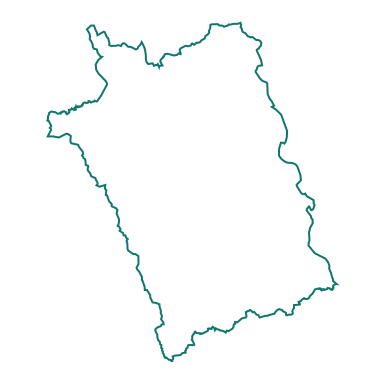 the district of Minbu, Magway, Myanmar
{"feature_id": "60261553B50567728635340", "entity_name": "Minbu", "entity_type": "district", "adm_level": 2, "iso_a3": "MMR", "parent_name": "Myanmar", "parent_adm1": "Magway", "projection": "orthographic", "projection_center": [94.405, 20.347], "detail": "fine", "context": "isolated", "style": "outline", "palette": "teal", "viewbox_px": 384, "rotation_deg": 0, "n_neighbors": 0, "source": "geoboundaries", "source_scale": "gbopen_adm2", "svg_char_len": 5874}
<svg xmlns="http://www.w3.org/2000/svg" viewBox="0 0 384 384"><path d="M55.5,112.3L51.2,111.5L49.1,113.0L49.1,114.3L48.0,116.3L48.0,118.8L47.4,120.6L48.8,121.1L51.3,126.0L49.8,127.9L50.8,128.7L51.1,129.8L47.8,136.4L53.1,136.4L58.8,137.5L66.4,133.7L68.0,134.0L70.8,136.1L70.3,141.3L71.3,143.3L78.2,144.8L78.7,146.5L82.8,151.9L83.1,153.9L82.0,155.4L83.2,157.0L83.6,158.3L85.0,159.0L85.3,159.8L85.8,165.0L88.0,165.8L88.3,167.1L87.7,168.3L87.8,170.4L90.5,173.7L90.8,175.7L92.3,176.8L95.4,178.0L96.0,180.0L97.5,182.5L97.6,183.8L96.5,185.3L99.5,186.7L105.3,185.0L104.9,187.6L105.2,189.1L106.3,190.2L105.8,194.9L106.7,195.1L107.4,196.1L108.9,201.0L111.7,204.0L111.7,206.2L116.5,208.5L116.9,209.8L117.5,210.1L116.6,213.5L119.1,219.5L118.7,223.8L117.7,225.8L119.0,226.5L120.5,229.1L119.6,230.8L123.0,233.0L123.7,235.4L125.4,235.4L126.1,237.6L127.8,239.1L126.7,240.5L126.7,242.2L127.3,243.0L127.5,248.8L128.3,250.7L133.3,254.1L135.5,254.1L138.4,256.1L138.5,264.0L136.5,267.7L137.3,269.5L139.2,271.7L142.0,277.0L141.9,279.9L142.4,280.4L144.6,286.6L144.8,290.0L147.0,290.0L150.2,295.2L150.2,297.2L152.5,302.4L155.8,302.9L159.5,304.3L159.5,306.3L160.9,311.0L160.7,312.9L162.0,316.0L161.1,319.3L163.4,322.4L163.6,324.3L162.0,324.3L161.4,324.7L160.9,326.1L157.6,327.3L155.4,329.2L155.4,331.1L157.3,334.6L157.3,337.0L158.2,340.1L159.8,341.9L160.1,344.4L161.3,344.9L161.2,348.0L162.4,348.7L162.0,350.5L162.9,351.7L162.8,353.1L163.6,353.9L164.4,356.8L165.5,357.9L166.0,357.4L169.0,359.8L170.2,359.9L171.5,361.0L172.4,360.9L172.4,359.6L173.2,358.9L173.3,358.2L172.7,356.5L174.9,355.6L179.6,355.2L180.7,354.9L182.2,353.2L185.6,352.6L185.1,351.1L185.9,350.4L186.2,348.5L187.4,347.9L188.0,345.5L188.8,344.9L192.7,345.2L194.2,344.9L194.2,344.1L191.8,339.5L192.3,339.1L192.2,336.1L193.4,334.2L194.2,333.7L194.7,331.8L195.3,331.7L195.3,332.2L196.6,333.0L200.2,333.3L199.8,333.7L200.1,334.1L202.2,333.7L207.8,330.9L208.2,329.5L208.0,328.7L209.0,328.4L211.5,329.0L211.8,327.6L212.8,326.8L214.1,327.9L214.9,330.2L215.9,328.4L217.2,329.3L219.0,329.6L220.2,330.6L221.3,330.5L224.1,331.4L225.7,332.6L226.7,330.6L228.6,331.1L232.3,328.7L233.4,327.3L233.8,324.4L235.3,323.5L235.1,322.0L237.4,322.3L241.9,318.4L246.2,317.3L246.5,316.2L245.8,312.2L246.6,312.0L247.2,311.1L248.5,311.1L249.9,310.0L250.4,310.0L252.7,312.3L254.1,311.8L256.5,314.6L258.4,315.2L259.7,317.5L265.3,315.8L267.8,315.8L268.7,315.1L274.5,313.7L275.4,312.0L277.1,310.2L279.2,309.1L282.2,310.1L282.6,311.1L285.9,312.7L286.1,314.9L287.0,315.3L288.8,314.7L291.1,314.7L292.4,314.0L292.9,313.1L292.4,311.3L292.9,309.6L294.0,308.0L294.0,305.1L299.4,304.6L299.9,304.4L299.7,303.5L299.0,303.2L298.6,301.8L300.7,301.3L301.8,299.8L304.1,298.1L305.0,298.9L307.2,299.1L309.2,297.8L309.9,296.1L312.5,293.7L315.1,289.3L319.0,288.4L319.1,288.9L319.6,288.8L319.7,288.1L319.9,288.7L320.5,288.4L321.1,289.0L321.2,290.0L321.8,290.0L322.0,290.4L323.0,289.9L323.1,289.2L324.2,289.2L324.6,289.9L327.2,289.0L327.7,287.9L329.9,288.4L330.2,289.3L332.1,289.8L332.1,289.1L332.8,289.0L332.9,287.8L333.4,287.8L333.2,285.6L335.8,283.9L336.6,284.0L333.0,280.9L333.2,280.1L331.7,275.9L331.3,273.8L329.1,268.3L329.5,266.0L327.9,261.9L325.3,258.6L314.7,253.2L308.5,245.5L308.7,242.6L309.5,240.5L309.0,232.2L309.8,229.8L309.8,228.4L312.7,223.2L312.6,219.6L311.1,217.8L311.2,216.5L306.7,210.5L306.8,209.1L308.8,206.5L309.3,206.6L311.1,210.1L311.8,210.2L313.2,209.1L314.6,204.9L313.6,203.4L313.7,200.2L306.6,196.1L305.2,193.6L304.2,194.2L302.6,194.1L301.1,193.0L296.9,186.2L296.6,184.7L300.9,180.4L300.4,174.9L297.3,166.4L295.6,164.4L294.4,163.8L292.2,163.0L287.7,162.7L285.3,161.9L281.6,159.2L279.0,155.8L279.1,148.7L280.9,142.7L282.7,142.7L284.4,143.6L285.6,141.8L286.8,137.3L287.1,131.0L281.2,114.7L275.9,109.5L271.8,106.9L274.1,105.6L271.2,100.5L269.7,98.9L267.7,94.3L267.2,83.3L266.2,82.3L262.9,81.1L261.5,80.0L259.8,78.2L255.7,72.0L255.7,70.7L256.7,69.6L257.6,66.6L258.7,65.8L262.1,65.4L261.0,59.8L256.8,50.7L256.8,49.7L258.9,48.5L259.2,47.5L260.9,45.6L261.4,42.9L260.0,40.9L258.2,40.0L256.2,40.0L252.5,37.0L250.7,37.4L247.7,36.1L245.4,33.2L243.0,32.1L242.3,31.2L241.6,28.2L240.6,27.4L241.2,24.9L240.7,23.6L240.1,23.5L240.2,23.0L237.1,23.9L233.8,23.8L229.7,24.7L228.7,24.5L227.9,25.5L224.0,26.7L222.7,25.7L219.1,25.4L217.7,24.1L211.3,24.4L210.4,24.9L210.2,28.4L208.9,31.1L209.2,32.7L207.8,34.4L205.4,36.1L204.7,38.5L201.3,40.4L199.8,42.4L196.2,42.9L194.2,44.8L192.5,43.6L191.8,43.7L190.8,45.5L188.4,46.3L185.6,45.8L180.6,48.4L179.7,49.7L180.7,54.1L180.2,54.2L179.1,53.2L176.8,55.0L173.6,55.5L169.8,54.3L167.0,53.8L165.2,54.0L164.4,54.9L164.1,56.2L163.3,56.5L163.3,57.3L160.7,59.7L160.3,61.6L162.4,65.5L159.2,65.9L159.0,67.0L157.8,64.1L156.9,65.0L155.8,65.0L154.1,65.9L152.5,63.3L148.3,64.1L147.0,62.7L145.9,60.0L145.8,55.1L145.2,50.7L144.2,47.1L141.7,42.1L140.3,44.8L138.2,47.0L137.6,48.5L136.4,49.3L135.6,49.3L130.7,46.8L128.2,46.8L124.8,43.5L123.1,43.3L122.0,44.0L121.1,46.0L118.1,45.1L116.2,45.8L110.7,45.9L109.2,45.1L109.4,42.6L108.0,37.9L107.0,37.4L104.7,32.1L103.9,31.7L102.4,32.4L97.5,35.2L96.7,31.9L95.9,30.9L94.0,25.6L91.2,25.5L86.9,29.3L89.5,33.6L90.1,36.9L89.7,38.6L89.9,39.6L91.2,41.2L92.8,44.8L92.7,46.7L93.8,48.7L96.8,49.4L97.7,52.8L100.4,56.4L102.0,56.8L98.2,60.1L95.7,64.5L96.2,69.7L98.7,73.8L105.9,81.2L107.1,83.8L106.7,85.2L101.0,95.7L97.1,101.4L95.8,101.3L94.6,100.6L93.8,101.7L92.7,101.6L90.9,102.6L89.6,101.2L88.5,101.1L88.4,102.3L88.0,102.7L86.1,103.0L85.0,102.4L83.3,103.0L82.8,104.3L82.1,104.5L81.9,103.7L82.3,105.6L80.9,106.1L80.8,106.6L78.6,107.1L78.6,106.5L77.5,107.0L77.3,106.6L76.3,107.4L76.0,106.5L75.8,107.1L74.6,107.8L75.0,108.9L75.2,108.7L75.8,109.6L74.1,110.0L71.8,108.5L71.6,109.4L70.3,109.5L69.7,110.4L69.0,110.1L69.3,112.3L68.5,112.6L68.4,113.4L66.8,114.2L65.7,112.7L65.9,112.1L64.2,111.3L63.1,111.7L62.6,111.4L61.9,112.3L60.8,112.3L60.3,112.7L60.6,113.5L57.5,113.7L55.5,112.3Z" fill="none" stroke="#0f766e" stroke-width="2"/></svg>